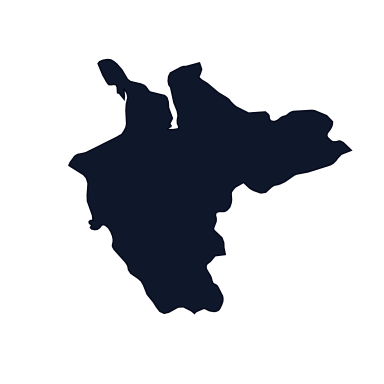 outline of Bheri, rotated 21°
{"feature_id": "NPL-1124", "entity_name": "Bheri", "entity_type": "District", "adm_level": 1, "iso_a3": "NPL", "parent_name": "Nepal", "parent_adm1": "", "projection": "mercator", "projection_center": [81.774, 28.487], "detail": "fine", "context": "isolated", "style": "filled", "palette": "ink", "viewbox_px": 384, "rotation_deg": 21, "n_neighbors": 0, "source": "natural_earth", "source_scale": "10m", "svg_char_len": 3124}
<svg xmlns="http://www.w3.org/2000/svg" viewBox="0 0 384 384"><g transform="rotate(21 192 192)"><path d="M237.8,304.4L233.9,303.1L225.2,302.2L220.2,304.4L213.4,312.5L209.5,315.2L204.8,314.9L200.1,312.0L195.4,308.5L186.9,303.6L180.2,296.3L176.5,293.3L172.5,291.8L164.0,289.8L160.6,287.3L160.6,287.2L158.4,283.7L155.0,281.2L139.9,273.5L137.4,271.4L136.7,269.6L136.5,267.6L135.7,264.8L133.5,261.3L130.4,258.0L126.8,255.3L122.9,254.0L120.3,254.3L119.2,256.1L118.5,258.5L117.0,260.7L114.5,262.0L111.7,262.4L109.9,261.6L110.4,258.8L107.6,258.1L106.6,256.7L107.3,255.1L109.8,254.0L107.5,249.4L97.7,238.0L95.4,232.6L91.9,221.2L88.4,216.7L84.4,214.6L67.6,211.3L67.7,208.2L69.7,200.7L71.6,198.1L77.2,194.6L79.2,193.0L103.0,167.0L104.1,165.4L105.8,163.6L106.8,159.3L107.2,155.4L106.6,151.8L101.1,139.4L99.2,133.3L98.3,126.8L96.6,123.9L94.4,121.8L91.9,120.4L92.6,122.9L94.7,127.2L95.4,129.7L88.5,125.7L87.0,126.1L84.7,121.0L82.7,119.1L80.4,119.5L78.1,120.8L75.7,121.5L72.9,119.7L66.7,114.6L58.3,105.7L59.1,103.4L61.9,100.8L65.5,98.7L68.8,97.8L72.2,98.3L75.8,99.5L82.7,103.1L91.4,110.0L94.9,111.0L105.8,109.5L109.5,109.7L111.4,110.5L115.3,113.1L117.0,113.7L131.9,111.8L134.7,112.9L137.4,116.3L139.9,121.8L147.3,130.3L146.7,136.4L148.6,137.5L148.8,138.6L146.7,140.3L146.7,141.7L148.4,141.8L149.8,141.5L152.6,140.3L156.7,137.8L156.2,135.6L153.9,133.3L152.6,130.3L151.6,125.6L149.3,121.7L143.2,115.1L134.5,101.8L132.1,100.3L130.0,96.9L128.8,92.5L129.2,88.5L137.2,79.4L139.1,77.9L141.5,77.0L152.7,68.8L157.0,74.0L157.3,78.9L157.1,80.7L157.1,82.1L158.1,83.0L161.2,84.1L167.2,85.2L181.1,90.0L190.3,91.6L193.2,92.4L195.8,94.0L199.6,95.7L203.0,96.8L216.6,98.1L231.8,91.0L235.2,92.2L235.9,92.8L236.4,93.0L236.5,93.2L237.6,95.3L238.5,96.5L240.1,97.4L242.3,97.2L244.3,96.4L246.9,93.6L247.9,91.5L249.0,89.9L250.3,88.7L252.0,87.6L253.1,86.3L255.1,82.9L256.4,81.6L258.0,80.4L274.8,72.8L277.4,72.2L290.3,72.5L298.0,76.1L298.7,78.4L298.9,80.1L298.8,82.0L298.5,83.9L298.1,85.3L297.7,86.6L297.2,88.6L297.3,89.8L297.6,90.9L298.3,92.0L299.4,92.7L302.9,94.2L304.3,94.6L305.8,94.6L307.7,93.9L309.1,93.2L309.9,92.5L311.6,91.4L315.4,91.7L325.7,96.0L317.8,103.2L315.7,108.3L315.0,111.0L313.5,114.4L311.4,117.0L293.0,131.7L283.1,137.8L281.2,139.7L275.0,148.9L271.6,152.5L269.4,154.3L266.4,156.1L265.4,157.3L264.3,158.8L260.8,165.8L256.5,168.2L249.1,168.4L246.6,168.1L244.3,167.6L236.7,164.5L230.7,171.8L229.5,174.7L228.8,177.7L229.0,179.3L231.7,185.2L232.4,188.1L232.6,192.3L231.8,194.8L230.8,196.9L229.7,198.0L229.0,198.6L224.7,200.3L223.2,201.1L222.0,202.7L221.8,204.1L222.4,205.8L223.4,207.0L224.3,208.7L225.0,210.9L225.0,218.0L226.0,219.8L236.4,224.1L239.8,228.1L241.6,232.4L245.4,238.4L236.4,243.2L234.0,250.1L231.8,253.7L231.5,255.5L232.2,257.6L233.5,259.3L238.8,263.4L240.3,264.8L243.1,268.6L244.3,269.7L245.7,270.1L247.1,270.1L248.6,270.4L250.0,271.3L257.8,278.3L259.2,280.8L259.9,283.3L260.0,286.4L259.7,290.5L259.5,291.5L259.1,292.5L258.6,293.3L257.5,294.4L256.5,295.1L254.7,295.8L251.2,296.5L249.7,296.5L246.5,296.1L245.7,296.1L244.7,296.5L243.9,297.1L238.7,302.2L237.8,304.3L237.8,304.4Z" fill="#0f172a" stroke="#020617" stroke-width="1.5"/></g></svg>